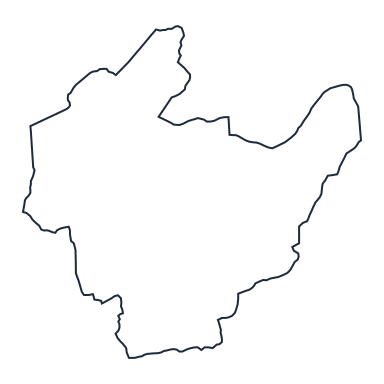 the district of Iguatu, Ceará, Brazil
{"feature_id": "56859067B45961762145701", "entity_name": "Iguatu", "entity_type": "district", "adm_level": 2, "iso_a3": "BRA", "parent_name": "Brazil", "parent_adm1": "Ceará", "projection": "robinson", "projection_center": [-39.268, -6.353], "detail": "fine", "context": "isolated", "style": "outline", "palette": "slate", "viewbox_px": 384, "rotation_deg": 0, "n_neighbors": 0, "source": "geoboundaries", "source_scale": "gbopen_adm2", "svg_char_len": 3394}
<svg xmlns="http://www.w3.org/2000/svg" viewBox="0 0 384 384"><path d="M33.2,167.4L34.6,170.1L33.7,173.7L33.0,176.4L30.9,181.0L30.8,184.8L30.1,187.6L30.4,190.2L30.3,193.1L28.5,195.8L26.1,198.3L24.9,200.4L24.4,204.2L23.0,212.0L26.5,213.0L30.2,216.0L32.4,219.5L35.0,222.1L36.9,223.8L39.3,225.8L41.1,229.4L43.9,230.5L46.6,230.3L49.1,230.8L52.0,232.1L55.3,232.8L57.2,230.1L60.8,228.4L65.1,227.4L68.7,226.7L69.9,230.0L70.0,234.3L70.6,238.3L71.1,241.0L73.8,243.3L75.5,250.0L75.8,262.4L75.9,273.3L78.7,281.0L81.9,292.0L84.0,295.0L88.6,295.0L92.9,294.2L93.8,297.0L94.4,299.6L97.8,300.0L101.1,300.8L101.9,303.5L111.0,298.6L114.7,296.1L118.0,295.3L120.9,298.2L121.4,302.3L121.0,306.3L122.4,309.9L122.9,313.3L120.3,314.1L118.3,315.8L119.8,319.3L118.3,321.6L119.4,324.1L119.5,327.6L118.4,330.7L115.6,333.6L117.7,338.2L120.3,341.3L123.2,344.2L126.2,348.1L126.7,352.4L127.9,355.4L129.0,357.9L135.1,357.8L139.2,356.7L141.8,356.3L144.2,354.9L147.1,353.9L149.8,353.7L153.0,353.4L157.8,353.2L161.0,352.5L163.9,351.0L167.6,350.3L170.0,349.6L173.6,349.1L176.7,349.6L179.5,351.6L182.5,351.5L186.1,349.7L190.2,348.3L194.3,347.4L197.8,347.3L201.3,350.0L204.6,347.4L208.1,347.3L212.7,348.1L216.7,344.6L219.4,344.2L221.9,342.0L221.9,339.0L221.4,335.8L220.6,332.9L220.9,329.9L219.9,326.5L218.9,322.7L217.9,319.9L221.9,318.0L225.7,317.9L228.8,317.3L232.1,315.8L234.8,313.0L236.0,309.9L237.6,304.5L238.2,298.7L238.2,293.7L245.3,291.0L249.2,289.8L251.9,288.0L253.9,286.0L255.4,283.4L259.5,281.5L263.0,280.0L266.6,280.2L270.2,278.6L274.4,277.7L278.0,277.1L282.5,275.3L286.9,273.2L288.9,271.5L290.7,269.3L294.7,262.0L297.7,259.6L298.7,256.4L298.2,253.4L293.8,250.7L292.3,247.0L296.8,244.5L299.1,243.3L299.1,234.1L299.1,226.4L302.9,222.9L307.1,221.2L308.6,217.9L309.7,214.8L311.5,211.1L313.5,206.4L315.5,202.3L318.3,199.1L319.9,197.0L321.4,193.9L322.2,186.2L322.8,183.4L324.9,180.9L327.8,175.7L332.6,175.1L337.2,174.3L338.7,170.6L339.7,166.8L341.8,162.8L344.6,157.4L346.4,153.5L353.3,149.0L355.3,147.3L356.8,145.3L358.7,142.1L361.0,140.4L358.2,106.4L353.8,98.5L353.3,95.0L352.1,89.6L350.9,87.1L348.4,85.4L346.0,84.8L343.4,84.9L340.4,85.4L330.3,88.3L324.6,91.9L322.4,94.1L320.8,96.6L318.4,99.5L316.3,102.1L314.3,104.5L311.1,108.9L309.7,112.5L306.2,117.6L303.8,120.9L300.8,125.8L298.3,128.1L297.1,131.1L295.2,133.9L291.7,137.1L285.4,142.0L276.8,146.3L272.3,148.3L268.1,147.4L263.5,145.4L260.2,143.8L256.3,142.5L253.6,142.4L249.3,141.7L245.8,140.4L241.7,138.1L238.3,136.1L235.5,135.1L232.5,135.1L229.5,134.8L228.5,117.1L225.1,117.1L221.8,117.6L219.0,118.4L214.5,120.7L210.4,121.6L206.7,121.5L203.9,119.6L198.1,118.1L188.6,120.9L183.0,123.8L179.3,125.0L175.8,124.8L173.4,124.5L171.3,123.0L167.3,121.0L158.6,116.8L161.8,112.1L171.7,97.4L175.4,96.1L179.6,94.0L182.8,91.2L184.9,89.3L185.4,85.9L187.4,83.0L189.4,80.2L190.1,77.6L190.0,74.6L186.8,70.9L184.2,67.8L180.4,64.5L177.8,62.2L179.6,57.9L180.8,55.6L179.3,53.4L179.0,50.4L180.2,47.9L181.4,45.5L180.5,42.1L181.6,39.6L184.0,35.9L183.4,32.7L181.6,27.9L177.9,26.1L175.3,26.6L171.7,28.9L168.0,28.8L165.6,30.0L163.0,30.0L160.1,30.6L156.0,29.5L149.7,36.9L139.2,49.5L136.9,52.1L128.4,62.2L115.8,75.1L113.0,73.0L108.7,71.7L106.6,68.9L103.0,68.9L99.6,69.2L97.0,71.1L93.3,71.5L90.3,72.8L75.9,84.9L73.6,87.7L72.1,90.3L70.6,92.9L68.2,94.5L67.8,97.6L67.9,100.3L69.6,102.4L70.0,105.4L68.5,107.7L66.1,109.3L30.4,126.1L30.8,130.4L33.2,167.4Z" fill="none" stroke="#1e293b" stroke-width="2"/></svg>